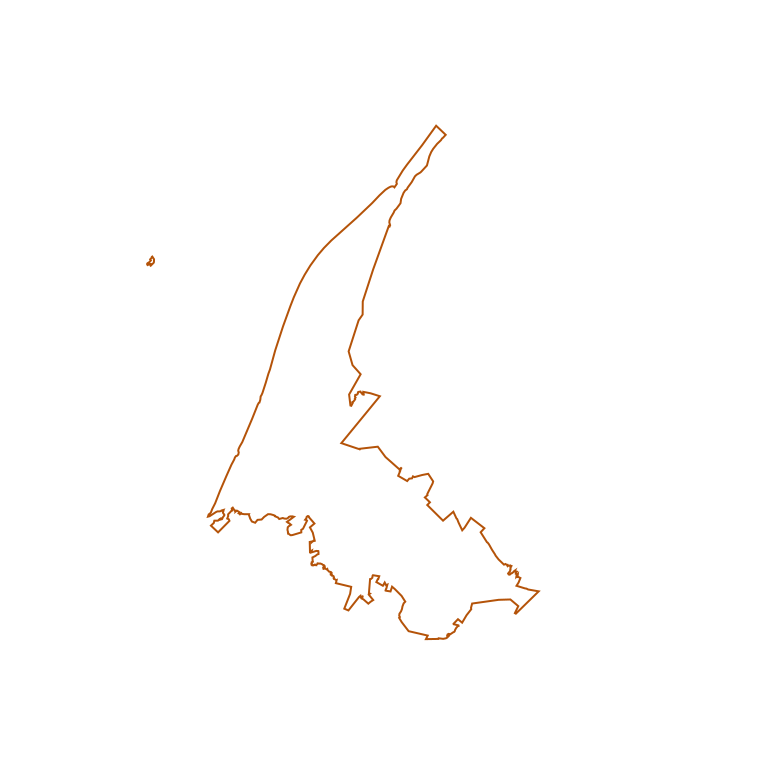 Santiago Ixcuintla, Nayarit, Mexico (Equal Earth projection), rotated 44°
{"feature_id": "50627088B3683914427881", "entity_name": "Santiago Ixcuintla", "entity_type": "district", "adm_level": 2, "iso_a3": "MEX", "parent_name": "Mexico", "parent_adm1": "Nayarit", "projection": "equal_earth", "projection_center": [-105.286, 21.958], "detail": "fine", "context": "isolated", "style": "outline", "palette": "amber", "viewbox_px": 768, "rotation_deg": 44, "n_neighbors": 0, "source": "geoboundaries", "source_scale": "gbopen_adm2", "svg_char_len": 6142}
<svg xmlns="http://www.w3.org/2000/svg" viewBox="0 0 768 768"><g transform="rotate(44 384 384)"><path d="M618.7,433.3L616.9,428.8L614.4,429.6L614.1,430.1L612.5,428.0L612.7,430.1L611.6,428.5L610.6,428.2L611.1,428.9L610.6,429.0L610.2,428.2L609.9,426.7L608.9,427.2L608.8,426.7L608.5,428.0L608.1,428.1L607.8,427.2L607.6,428.2L607.8,428.4L607.5,431.0L607.3,431.7L606.9,431.9L606.9,433.8L606.0,434.4L604.9,434.1L604.6,430.7L603.9,430.1L603.9,429.6L603.3,428.9L602.7,428.6L602.4,428.0L602.4,427.1L602.1,426.5L601.8,426.8L601.6,426.6L600.8,426.8L600.3,427.9L599.3,428.6L599.3,429.1L598.8,428.9L598.4,428.3L597.6,428.9L596.4,429.1L595.8,430.6L588.3,430.6L583.3,429.9L582.4,429.5L576.8,428.2L570.8,426.4L568.7,426.1L568.0,426.3L556.5,423.5L556.4,418.0L539.5,419.9L541.8,431.5L541.9,434.9L533.9,431.9L530.4,430.3L529.6,430.4L522.6,427.7L521.4,441.3L499.2,441.0L499.2,437.2L492.2,437.2L492.5,433.7L491.9,433.5L491.5,432.9L488.0,421.7L487.0,419.9L478.2,417.9L474.7,422.9L470.6,429.8L469.0,430.3L469.7,432.4L467.9,434.6L468.1,437.7L458.0,440.2L456.1,435.4L455.7,435.5L454.7,431.8L454.3,434.7L435.8,435.5L423.1,433.4L412.0,446.9L412.0,447.6L411.5,447.5L410.9,448.3L409.5,449.0L394.4,456.2L389.5,395.7L380.8,400.0L374.6,404.0L376.8,405.7L376.6,406.0L375.6,406.4L374.1,405.9L373.3,406.2L372.3,405.8L371.1,407.5L371.0,408.1L371.6,408.6L372.0,409.8L371.8,410.9L371.4,411.1L370.9,411.8L371.9,413.3L373.0,413.5L373.2,414.8L373.9,415.1L374.2,417.6L373.8,419.2L374.1,419.4L374.7,419.4L375.6,422.4L374.8,422.8L366.2,415.8L360.4,393.2L348.3,392.3L335.9,385.1L321.5,355.8L320.4,348.9L311.4,339.4L296.6,309.1L277.7,267.0L278.6,266.8L278.1,265.5L275.6,264.1L274.3,262.4L273.2,259.5L271.9,254.0L271.1,251.9L271.2,249.3L270.3,242.5L267.7,238.9L265.3,232.9L264.8,230.1L265.2,228.0L264.6,226.3L263.7,219.6L262.0,213.1L262.1,210.8L263.2,206.7L263.3,205.6L263.1,197.0L258.5,188.8L256.8,184.3L256.0,180.6L255.4,174.4L255.6,169.0L255.2,167.1L255.4,165.9L255.3,161.9L242.1,162.0L245.5,185.6L248.2,210.3L249.2,217.4L251.7,228.6L252.7,230.2L254.2,231.1L254.9,235.3L253.7,235.3L252.5,236.2L251.7,237.4L250.9,239.7L250.1,243.4L249.7,251.4L249.8,262.0L248.9,283.2L246.4,317.3L246.3,327.7L246.9,337.2L248.7,349.9L251.0,360.4L253.7,370.0L258.9,384.3L262.5,392.9L271.3,412.6L282.4,435.4L291.9,452.8L293.7,456.9L298.1,465.3L302.8,474.9L303.6,477.1L303.9,478.6L306.0,481.3L307.3,483.9L307.0,484.5L307.5,486.5L313.3,500.6L322.4,524.2L323.6,529.1L324.6,531.9L325.5,533.3L327.0,534.1L328.2,536.0L328.1,538.0L327.6,538.6L327.8,540.4L328.7,542.4L330.3,548.0L334.6,559.8L340.4,575.1L345.4,587.1L347.3,593.3L348.7,596.6L348.8,598.1L348.5,599.6L349.5,601.7L350.4,600.2L352.1,592.8L352.7,591.3L354.0,590.1L355.0,588.7L354.9,588.0L356.0,586.1L356.2,586.8L356.7,586.8L356.9,587.6L357.6,588.5L360.0,589.0L360.4,589.5L360.8,592.8L361.2,593.0L361.3,593.5L360.4,593.8L360.9,594.5L360.5,595.2L360.0,594.5L359.6,595.1L359.5,597.6L356.9,600.2L358.1,602.2L357.9,606.1L367.7,606.0L367.9,589.8L366.3,589.1L364.7,589.7L363.6,587.1L363.1,586.8L362.4,586.0L362.4,582.6L362.3,581.8L362.7,580.6L360.9,579.3L361.1,578.0L364.9,578.9L365.1,578.3L365.6,578.3L365.9,578.8L366.1,577.3L366.3,577.2L369.1,576.6L369.3,578.0L370.0,577.7L370.9,577.8L371.1,576.0L371.9,576.2L374.2,574.5L377.3,571.5L377.4,571.8L381.3,573.8L384.5,574.7L387.7,573.3L387.4,569.6L390.1,566.5L390.1,562.9L391.0,558.2L392.9,556.5L395.7,555.0L397.1,554.5L397.4,554.9L400.4,553.7L402.4,553.9L404.3,550.7L405.7,550.1L407.3,548.8L407.8,547.8L408.0,546.6L407.9,545.7L408.5,544.4L410.0,542.9L411.4,542.1L410.0,550.6L411.7,550.4L412.8,550.0L414.9,549.9L414.3,552.5L414.3,553.9L415.9,556.0L418.0,557.3L418.0,557.5L419.0,558.3L419.4,558.0L421.8,557.7L422.4,557.1L423.1,556.2L427.6,548.2L425.8,546.4L426.3,544.4L423.6,535.8L422.8,535.7L421.6,536.4L421.4,534.5L420.7,533.4L420.8,532.1L421.5,531.5L422.0,531.6L422.0,531.9L430.9,532.7L430.3,538.6L436.0,540.4L443.1,544.9L442.5,545.9L442.1,545.6L442.0,547.0L441.9,546.8L440.3,549.2L447.3,556.1L447.8,554.0L448.7,555.7L451.2,551.2L452.6,549.9L452.8,549.8L453.8,550.6L455.0,551.8L454.4,553.0L454.1,555.4L453.0,558.5L455.3,560.6L456.3,561.2L455.8,562.3L456.8,563.2L456.5,563.6L457.5,564.4L458.2,564.4L459.0,563.8L459.0,563.3L459.4,563.0L459.5,562.3L460.3,562.1L460.4,561.4L461.1,561.2L460.9,560.9L461.2,559.5L460.9,559.1L462.5,557.9L462.7,557.5L464.4,556.7L465.7,556.6L466.4,556.1L466.8,556.3L467.5,556.1L468.3,556.6L467.6,557.7L467.8,558.4L468.9,559.0L469.1,558.7L468.9,558.2L469.2,558.3L469.8,557.6L471.9,557.1L471.9,556.6L472.5,557.0L475.0,557.1L476.1,556.3L476.7,556.1L477.3,556.2L477.2,556.8L477.5,557.7L478.1,558.1L478.8,557.4L479.2,558.0L479.7,558.0L479.9,557.6L481.3,557.3L482.4,557.9L482.4,558.4L482.8,558.8L483.4,559.0L483.7,558.7L485.9,558.3L486.1,557.9L487.7,560.7L501.3,552.7L505.4,558.5L511.5,573.2L515.7,571.6L514.0,554.5L514.2,552.7L515.4,553.5L516.1,551.7L516.5,551.9L516.5,553.1L517.0,553.8L518.8,553.2L525.3,552.9L525.6,550.0L526.3,546.9L519.4,546.1L519.5,544.6L518.6,545.1L509.5,534.0L510.1,533.2L510.2,531.5L509.0,529.9L508.9,529.2L514.1,525.6L515.4,528.4L515.1,528.7L516.1,531.8L523.4,529.9L523.5,529.4L523.0,528.6L522.4,526.3L525.3,527.3L525.8,526.0L527.7,529.4L527.9,530.3L528.6,531.5L528.9,531.4L532.8,528.7L530.6,524.2L534.3,524.0L543.8,524.2L550.5,525.8L550.5,528.1L551.8,531.2L553.2,533.3L554.2,535.7L554.7,538.5L555.9,540.1L557.3,540.6L557.3,541.7L562.1,543.0L573.4,544.7L590.2,534.6L591.4,538.4L600.2,529.6L599.9,529.0L603.6,526.2L605.2,523.9L605.6,522.6L605.6,520.7L604.8,521.0L604.7,521.5L604.0,520.9L604.3,519.3L603.9,519.3L604.0,518.9L604.5,518.5L605.1,518.2L605.4,518.5L606.3,514.4L606.7,513.5L606.6,512.7L606.0,511.6L605.4,509.3L605.3,507.0L605.7,506.2L605.2,505.9L601.0,508.4L600.6,508.2L600.6,501.8L606.0,501.4L604.0,493.0L603.2,485.4L602.1,484.6L599.9,480.7L616.4,459.6L624.6,451.2L634.9,450.5L637.3,457.9L638.4,457.6L639.3,425.7L630.4,431.7L628.7,432.2L627.2,433.2L619.5,437.1L618.7,433.3ZM134.1,456.8L133.8,456.1L131.9,454.0L128.8,453.3L128.7,453.9L129.2,454.7L129.2,456.8L130.5,457.1L130.5,459.6L130.0,461.3L130.1,462.0L130.7,462.6L131.4,462.6L131.9,460.4L132.8,459.7L133.4,460.2L133.7,461.0L134.0,461.0L134.1,456.8Z" fill="none" stroke="#b45309" stroke-width="2"/></g></svg>